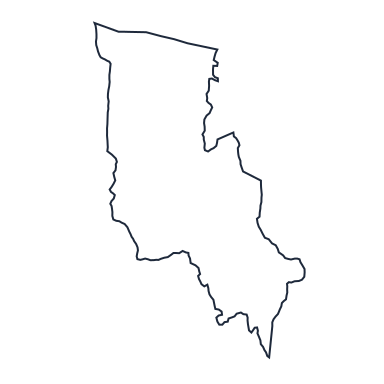 the district of Jussiape, Bahia, Brazil, rotated 190°
{"feature_id": "56859067B44005260140966", "entity_name": "Jussiape", "entity_type": "district", "adm_level": 2, "iso_a3": "BRA", "parent_name": "Brazil", "parent_adm1": "Bahia", "projection": "natural_earth1", "projection_center": [-41.617, -13.496], "detail": "fine", "context": "isolated", "style": "outline", "palette": "slate", "viewbox_px": 384, "rotation_deg": 190, "n_neighbors": 0, "source": "geoboundaries", "source_scale": "gbopen_adm2", "svg_char_len": 3346}
<svg xmlns="http://www.w3.org/2000/svg" viewBox="0 0 384 384"><g transform="rotate(190 192 192)"><path d="M87.3,42.5L89.6,73.9L90.3,77.6L89.6,80.8L88.1,83.8L86.2,86.7L85.6,89.2L85.1,91.7L84.2,94.8L84.2,98.3L82.7,100.5L80.8,102.6L80.9,106.6L80.7,109.5L81.4,112.7L81.8,115.7L82.5,118.1L81.0,120.0L78.4,120.1L75.5,121.9L71.3,122.9L68.5,124.7L66.7,128.0L67.1,132.3L67.8,135.7L70.5,138.9L73.0,141.7L74.4,144.4L76.9,144.7L79.1,144.3L82.8,142.7L85.7,142.8L88.8,143.1L91.2,145.4L93.5,146.5L96.0,147.6L97.7,150.9L100.3,154.1L104.3,155.3L108.2,158.8L112.3,159.6L115.3,163.3L117.8,166.7L120.2,169.4L122.1,173.0L123.4,176.9L121.2,179.4L121.7,183.5L121.8,187.6L122.2,190.5L121.9,194.1L122.6,198.5L122.8,201.4L123.8,205.0L124.8,208.7L125.4,211.5L126.1,215.2L145.3,221.1L147.5,225.0L149.0,227.8L149.7,231.1L152.0,234.7L152.9,237.1L153.6,239.5L154.5,243.2L153.4,246.3L154.5,248.7L156.1,250.7L157.9,252.7L160.4,254.0L161.6,257.8L176.0,248.2L175.9,244.5L176.1,241.6L178.4,238.9L180.7,237.3L183.2,234.7L186.5,235.4L187.5,237.7L187.8,241.9L189.5,245.7L190.0,248.3L191.7,250.5L190.1,254.6L190.9,258.5L192.1,262.0L192.4,265.6L190.9,269.8L188.4,272.7L187.6,276.0L186.8,278.8L188.6,281.4L191.2,282.6L193.2,284.2L193.3,287.1L194.7,291.1L193.1,294.7L193.6,299.6L194.5,303.6L194.6,306.4L192.1,307.2L188.8,306.1L185.7,305.6L186.3,308.5L189.4,309.1L191.6,311.1L192.6,316.4L192.9,320.0L189.1,320.5L189.1,323.7L193.5,325.7L193.3,329.1L192.9,332.9L191.8,336.7L222.2,337.7L236.2,339.4L249.7,340.1L264.9,341.4L282.2,338.7L285.6,338.2L292.2,337.1L317.3,341.5L315.8,339.0L314.6,335.4L313.5,330.9L312.8,327.0L312.7,323.5L311.8,320.0L310.3,317.2L309.0,314.2L306.9,310.7L305.3,308.8L303.0,308.0L300.9,307.5L298.3,306.5L296.1,306.0L294.4,304.1L294.2,300.7L293.8,296.4L293.7,293.0L293.0,289.0L292.2,286.1L291.9,281.7L292.0,277.9L291.8,274.0L291.3,270.6L289.8,266.8L289.5,262.3L288.8,259.4L288.8,255.8L288.3,252.3L287.7,248.2L287.1,244.1L286.7,239.8L286.0,236.2L285.5,232.9L284.1,227.6L283.3,224.0L282.7,221.5L282.5,217.5L277.4,214.9L272.8,211.7L271.2,208.6L271.9,206.1L271.2,203.5L271.1,200.1L272.7,197.0L271.2,193.4L269.6,190.1L270.7,186.4L272.1,182.9L273.5,180.2L271.8,178.0L269.4,176.9L267.5,175.6L267.9,172.0L269.7,169.1L270.4,166.2L268.8,164.3L267.9,161.7L266.9,158.4L266.3,154.6L264.7,151.3L261.6,150.5L258.5,150.6L256.0,149.6L252.8,148.8L249.5,146.1L246.9,142.1L245.1,139.7L243.7,137.4L241.9,135.7L240.5,133.6L238.0,131.1L236.0,128.0L235.1,125.1L235.3,122.1L235.3,119.0L234.1,116.4L231.1,116.2L229.0,117.1L226.6,118.3L223.7,118.1L221.1,117.6L217.7,118.3L215.5,119.0L213.2,119.3L211.2,120.7L207.8,122.5L204.5,123.7L201.5,126.7L199.7,128.7L196.7,129.2L194.0,129.5L191.0,132.3L187.4,131.4L185.0,131.4L184.3,128.8L182.4,126.2L181.0,121.8L175.8,120.4L172.4,118.3L171.1,115.1L169.8,112.6L171.4,110.4L170.0,107.5L168.2,105.2L166.7,102.9L163.5,101.2L160.8,103.4L159.2,100.1L158.5,97.4L157.0,94.2L154.9,91.9L152.2,89.6L151.1,86.8L149.9,83.7L148.7,80.9L145.2,80.9L142.1,79.4L141.1,76.3L144.3,75.0L146.2,72.5L144.5,68.8L142.1,66.1L139.1,66.6L137.4,69.5L134.3,70.5L134.0,73.8L130.8,75.5L128.5,76.9L126.9,79.9L122.9,81.8L120.2,80.6L116.9,80.8L115.4,78.0L115.0,75.2L113.9,71.4L111.8,65.6L109.1,63.9L107.9,66.4L106.7,69.2L104.4,69.9L103.0,66.8L103.0,64.2L101.1,61.3L98.9,57.8L97.8,54.1L95.1,51.8L93.2,48.9L91.3,47.0L89.4,43.6L87.3,42.5Z" fill="none" stroke="#1e293b" stroke-width="2"/></g></svg>